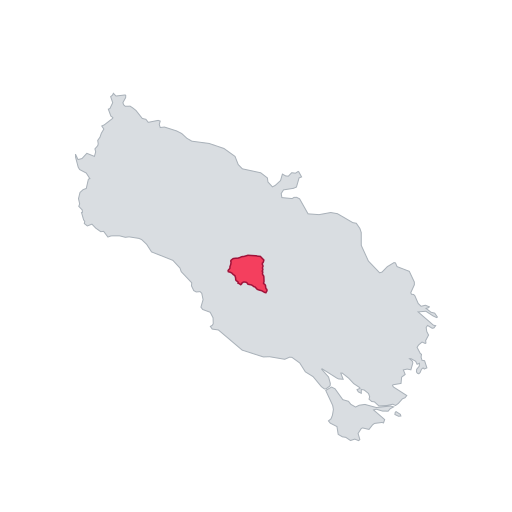 Yozgat highlighted on a map of Turkey, rotated 217°
{"feature_id": "TUR-3026", "entity_name": "Yozgat", "entity_type": "Province", "adm_level": 1, "iso_a3": "TUR", "parent_name": "Turkey", "parent_adm1": "", "projection": "orthographic", "projection_center": [35.159, 39.624], "detail": "fine", "context": "in_parent", "style": "filled", "palette": "rose", "viewbox_px": 512, "rotation_deg": 217, "n_neighbors": 0, "source": "natural_earth", "source_scale": "10m", "svg_char_len": 4855}
<svg xmlns="http://www.w3.org/2000/svg" viewBox="0 0 512 512"><g transform="rotate(217 256 256)"><path d="M385.7,182.0L392.5,184.0L394.6,182.0L400.6,181.8L406.2,182.7L408.8,178.5L412.7,178.6L413.6,180.6L415.4,181.1L421.5,185.7L420.9,186.4L422.5,188.2L427.4,189.0L428.2,191.5L432.3,195.0L434.8,200.8L434.0,205.0L432.2,207.8L436.1,216.5L435.2,217.8L441.5,220.1L448.9,218.9L451.4,219.9L459.4,226.2L461.5,228.7L456.2,225.9L453.6,229.1L452.9,236.2L445.0,238.3L446.7,242.7L449.1,244.6L448.8,248.9L449.5,250.6L452.0,253.1L452.1,257.0L453.4,261.0L453.9,265.8L457.4,267.0L456.1,269.4L453.3,279.6L453.6,280.4L456.1,280.4L462.3,284.4L461.4,285.9L462.7,292.2L468.0,295.8L467.4,298.0L467.8,300.1L464.1,299.5L457.4,305.9L456.6,305.8L455.4,304.0L454.6,298.4L452.8,297.1L450.5,296.9L446.7,299.9L443.1,300.1L439.5,300.0L429.6,297.4L426.2,298.9L422.5,297.9L415.8,305.4L413.7,306.1L412.4,302.8L409.8,301.0L406.7,303.9L394.7,308.1L389.0,309.1L382.0,308.4L376.3,309.1L361.1,317.7L346.2,322.6L332.7,322.9L325.2,318.3L319.4,317.4L302.3,325.3L293.9,325.2L291.0,322.3L284.5,321.1L283.1,324.0L281.8,331.0L284.2,337.3L280.5,337.8L278.2,339.2L277.6,344.0L274.3,345.9L273.2,348.9L272.6,349.0L267.2,346.6L268.6,344.3L265.2,335.4L266.8,332.6L273.8,325.4L273.5,321.1L270.5,318.2L261.7,323.6L260.9,325.7L258.9,327.3L255.6,327.9L239.8,321.0L230.5,327.0L222.5,335.7L216.4,338.8L198.8,340.9L195.6,342.5L189.6,340.5L186.1,338.1L178.3,327.8L163.2,319.6L147.2,317.0L145.7,318.9L144.7,326.6L141.8,333.8L140.4,334.4L137.0,332.4L124.3,336.0L113.9,330.5L112.2,328.3L110.3,319.8L108.8,319.0L107.0,320.1L105.3,319.9L97.9,315.7L93.9,315.2L91.1,318.6L87.0,319.7L87.0,318.7L88.7,316.5L82.4,316.4L78.9,317.9L74.4,316.4L74.7,315.5L78.5,314.7L87.1,314.1L92.9,308.9L72.7,307.5L70.6,308.5L70.6,305.6L71.8,304.3L77.2,303.8L77.1,301.3L74.1,298.4L70.6,296.7L69.6,290.5L67.9,288.8L68.2,288.0L71.6,287.2L72.6,282.8L72.4,280.0L66.1,277.0L64.7,277.1L63.3,274.6L60.7,272.6L58.3,273.8L52.2,269.5L53.6,267.0L55.2,267.2L55.7,265.2L54.8,261.6L55.1,259.9L56.5,259.5L58.1,260.0L59.5,262.2L59.3,266.2L60.9,268.7L62.2,266.5L65.1,268.0L70.5,267.3L71.6,266.4L67.7,266.1L66.4,265.0L63.8,258.3L67.2,256.7L69.8,253.7L65.6,251.2L66.8,246.9L63.5,241.5L69.1,235.6L69.0,234.7L67.4,234.1L51.6,235.3L51.7,232.4L53.1,230.1L53.6,223.9L54.6,220.6L57.6,219.9L61.5,215.4L67.7,210.2L73.6,210.8L76.1,209.4L79.6,209.7L80.5,212.0L83.4,213.9L88.9,214.1L91.6,212.8L89.3,209.7L92.5,209.1L94.9,210.0L93.3,213.0L94.1,213.3L101.2,212.9L108.5,214.2L116.7,214.4L117.8,213.5L112.2,210.0L116.1,207.5L118.2,207.1L135.4,205.7L135.5,205.1L125.2,203.0L120.0,199.0L118.7,196.9L120.1,192.1L121.3,191.0L125.1,191.0L137.7,194.0L146.9,193.2L156.7,196.9L166.3,196.7L168.3,195.4L170.9,190.8L184.6,183.7L189.4,179.8L210.4,172.5L241.5,174.3L247.0,171.3L250.1,172.3L249.2,174.3L249.4,176.2L253.1,180.8L258.7,183.5L266.4,181.2L269.2,182.0L272.0,189.3L276.9,193.6L279.2,193.9L282.1,191.3L284.9,190.9L289.5,193.3L291.2,195.9L306.3,198.5L309.4,200.6L319.7,202.5L341.9,196.4L350.3,199.5L357.2,200.3L360.1,199.6L368.9,194.9L371.6,192.3L377.1,190.0L383.8,184.9L385.7,182.0ZM98.9,167.9L98.1,171.1L99.1,174.8L101.8,180.0L104.8,182.8L119.4,190.6L116.8,196.8L113.0,197.5L100.2,193.5L94.7,195.6L91.0,194.6L85.6,195.3L83.7,199.0L79.7,203.0L68.7,207.4L58.2,217.2L55.3,218.3L56.9,214.8L57.1,211.6L61.6,208.3L67.8,206.0L69.5,203.8L54.8,202.8L53.7,199.4L55.2,198.9L60.6,193.6L61.3,191.3L61.4,185.5L67.5,182.8L68.1,181.5L67.7,175.7L62.6,171.9L62.9,170.3L66.9,169.2L69.5,165.5L75.2,165.2L78.1,163.6L83.0,163.0L88.7,168.5L96.1,167.2L98.9,167.9ZM50.5,216.0L45.4,216.4L44.0,215.4L45.7,213.8L49.7,213.0L50.7,214.9L50.5,216.0Z" fill="#d9dde1" stroke="#a8b0b8" stroke-width="1"/><path d="M257.8,224.7L259.3,226.4L261.1,227.6L263.1,227.5L264.8,227.8L265.8,227.7L266.9,227.5L267.8,227.1L268.7,226.8L269.6,227.7L269.5,229.3L269.4,230.4L269.9,231.2L270.3,231.6L270.5,232.2L271.2,234.3L272.3,236.2L273.0,236.6L273.3,237.2L273.3,237.9L272.7,240.2L271.1,241.8L269.2,243.3L268.5,244.3L267.8,245.3L267.3,246.4L266.6,247.3L265.6,248.1L264.8,249.1L262.9,251.7L255.8,256.4L254.8,256.7L252.3,258.3L247.3,257.5L247.0,256.8L246.7,256.1L246.5,255.5L246.4,254.9L246.6,254.2L246.1,253.3L244.3,252.2L244.0,251.1L243.6,250.2L242.9,249.8L242.3,249.2L242.1,248.6L242.1,248.0L241.9,247.6L241.2,247.3L240.9,247.3L240.3,245.9L239.4,245.1L238.3,244.9L237.3,244.2L234.3,240.5L234.0,239.9L233.8,239.2L233.4,238.6L231.7,238.6L230.7,238.2L229.6,237.0L228.4,235.9L227.3,235.9L226.8,235.4L226.4,235.0L226.2,234.4L226.2,233.8L226.1,233.2L226.0,232.6L227.2,232.1L230.6,231.7L232.7,230.8L234.9,230.1L238.2,230.7L239.5,230.2L240.4,230.3L242.2,230.2L245.4,228.6L247.3,229.2L248.3,229.0L250.0,228.0L250.6,227.2L250.6,226.7L250.9,226.0L251.0,225.6L250.7,225.2L250.9,223.9L253.0,223.8L253.9,223.5L254.1,223.5L254.2,224.1L254.6,224.4L255.6,224.5L256.8,224.4L257.8,224.7Z" fill="#f43f5e" stroke="#9f1239" stroke-width="1.5"/></g></svg>